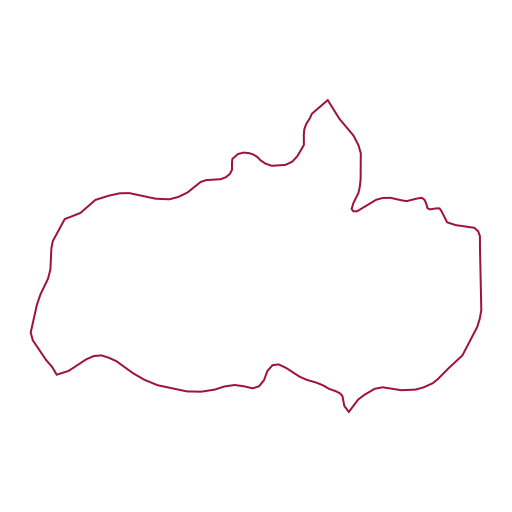 Tungurahua, Mercator projection
{"feature_id": "ECU-1289", "entity_name": "Tungurahua", "entity_type": "Province", "adm_level": 1, "iso_a3": "ECU", "parent_name": "Ecuador", "parent_adm1": "", "projection": "mercator", "projection_center": [-78.478, -1.245], "detail": "fine", "context": "isolated", "style": "outline", "palette": "rose", "viewbox_px": 512, "rotation_deg": 0, "n_neighbors": 0, "source": "natural_earth", "source_scale": "10m", "svg_char_len": 1610}
<svg xmlns="http://www.w3.org/2000/svg" viewBox="0 0 512 512"><path d="M327.7,100.1L339.6,119.1L353.5,135.6L358.5,145.3L360.8,153.4L360.6,179.5L359.7,187.3L358.4,193.0L353.5,202.8L351.6,208.9L353.4,211.3L357.0,211.3L376.3,199.7L382.8,198.0L390.4,197.8L402.4,200.5L406.8,201.1L416.2,198.7L421.8,197.8L424.5,199.8L426.0,203.0L427.5,208.2L430.0,209.4L436.0,208.4L439.5,208.4L441.5,211.2L447.1,222.3L455.7,225.1L474.3,227.8L478.2,231.4L479.9,236.1L480.0,249.5L481.3,310.1L479.8,318.5L477.2,327.0L462.4,355.4L448.9,367.9L437.8,379.1L432.8,383.2L423.5,387.4L415.5,389.6L401.3,390.2L382.6,387.3L374.7,388.8L364.1,395.0L358.2,399.5L348.8,411.9L344.3,405.9L342.4,395.9L340.2,393.5L336.2,391.4L328.9,388.8L323.0,385.3L316.5,382.7L306.4,379.7L299.3,376.5L285.9,367.8L278.6,364.4L272.5,365.2L267.4,371.0L264.0,380.2L259.0,386.3L252.7,388.3L243.4,386.2L234.7,385.0L224.2,386.5L214.8,389.6L201.2,391.7L186.8,391.4L157.6,385.2L144.2,379.7L133.0,373.2L116.4,361.2L108.5,357.6L101.4,355.4L93.9,356.0L86.3,359.3L68.6,370.9L56.7,374.7L52.2,367.1L46.0,359.9L32.8,340.3L30.7,332.6L36.9,304.7L40.4,294.5L48.1,278.5L50.4,269.4L51.4,248.2L52.8,241.1L64.7,219.1L80.5,212.9L95.4,199.9L109.1,195.6L119.7,193.3L129.3,193.1L155.5,198.7L169.3,199.3L178.2,197.0L187.3,192.6L200.6,182.0L206.2,180.1L220.7,179.2L225.9,177.2L229.9,173.9L232.0,169.8L232.0,162.4L232.4,158.9L238.0,154.0L243.7,152.6L249.4,153.2L253.5,154.6L257.4,157.0L260.4,160.2L265.2,163.5L271.7,165.8L285.4,164.9L292.2,161.7L297.4,156.1L303.9,144.9L303.8,135.1L304.3,129.3L306.3,123.8L309.8,118.4L311.9,113.7L327.7,100.1Z" fill="none" stroke="#9f1239" stroke-width="2"/></svg>